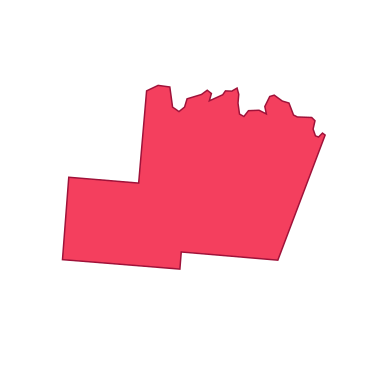 Hill, Texas, United States of America, rotated 125°
{"feature_id": "52423323B5018647072048", "entity_name": "Hill", "entity_type": "district", "adm_level": 2, "iso_a3": "USA", "parent_name": "United States of America", "parent_adm1": "Texas", "projection": "orthographic", "projection_center": [-97.333, 31.987], "detail": "fine", "context": "isolated", "style": "filled", "palette": "rose", "viewbox_px": 384, "rotation_deg": 125, "n_neighbors": 0, "source": "geoboundaries", "source_scale": "gbopen_adm2", "svg_char_len": 662}
<svg xmlns="http://www.w3.org/2000/svg" viewBox="0 0 384 384"><g transform="rotate(125 192 192)"><path d="M250.6,301.4L321.7,259.3L262.1,157.7L247.3,166.4L198.6,82.6L69.0,115.6L68.9,118.9L74.4,119.9L75.2,123.1L71.0,128.9L63.1,132.1L62.3,136.7L70.1,148.7L70.7,153.0L63.5,163.6L65.7,170.2L65.5,180.2L69.2,183.1L80.2,181.4L85.4,175.9L86.6,184.0L93.0,192.4L100.4,192.8L100.9,197.8L92.8,205.3L85.2,209.7L81.0,214.7L86.6,217.3L90.0,222.6L94.7,222.6L107.4,230.1L100.2,232.6L99.9,237.9L106.7,240.2L118.5,249.5L126.7,246.8L133.6,248.8L133.6,256.6L118.7,270.4L124.1,280.9L135.2,287.2L215.3,240.8L250.6,301.4Z" fill="#f43f5e" stroke="#9f1239" stroke-width="1.5"/></g></svg>